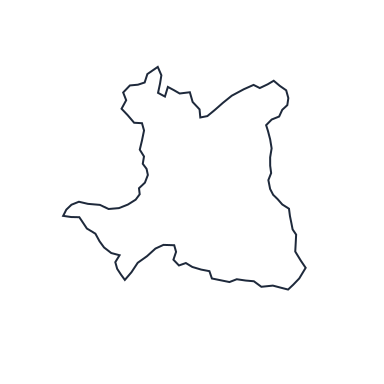 Presidente Castello Branco, Santa Catarina, Brazil (orthographic projection), rotated 66°
{"feature_id": "56859067B89740019221326", "entity_name": "Presidente Castello Branco", "entity_type": "district", "adm_level": 2, "iso_a3": "BRA", "parent_name": "Brazil", "parent_adm1": "Santa Catarina", "projection": "orthographic", "projection_center": [-51.785, -27.238], "detail": "fine", "context": "isolated", "style": "outline", "palette": "slate", "viewbox_px": 384, "rotation_deg": 66, "n_neighbors": 0, "source": "geoboundaries", "source_scale": "gbopen_adm2", "svg_char_len": 1551}
<svg xmlns="http://www.w3.org/2000/svg" viewBox="0 0 384 384"><g transform="rotate(66 192 192)"><path d="M154.6,307.3L157.0,314.0L161.4,319.4L165.7,312.6L169.2,305.2L176.1,304.0L182.6,302.9L190.8,297.2L199.5,296.5L206.9,294.9L214.9,290.6L220.3,283.9L224.9,290.6L231.7,291.6L238.5,290.5L245.0,289.1L240.7,280.0L234.6,270.4L232.3,259.1L228.8,248.4L228.7,239.6L233.4,229.9L240.2,230.9L246.3,236.5L253.8,233.8L254.4,226.5L260.6,222.2L266.6,215.2L271.4,208.3L279.1,209.0L284.3,201.7L289.5,194.4L289.9,186.6L294.7,179.0L298.7,171.8L306.8,167.2L310.4,156.2L315.6,149.7L320.2,143.9L317.9,137.3L314.6,129.2L307.5,119.0L299.1,120.5L288.4,121.9L279.8,117.5L273.3,114.2L267.1,115.3L261.0,113.9L253.8,112.3L246.7,110.2L240.1,114.6L233.3,116.7L227.6,119.0L221.0,119.4L212.2,117.4L206.9,112.0L199.8,109.9L192.1,106.5L184.5,101.5L175.7,99.2L167.3,97.8L161.1,97.1L158.2,89.7L158.5,81.7L153.6,76.1L151.4,69.6L145.4,65.8L137.4,64.6L130.8,68.6L123.6,72.1L124.4,79.1L124.6,87.8L119.2,92.2L119.2,102.9L120.2,116.5L123.1,127.4L126.3,137.7L128.9,147.1L127.3,154.1L119.6,151.5L110.0,154.8L100.0,153.4L97.0,163.2L91.5,167.2L86.2,171.3L93.8,177.9L87.6,182.7L80.1,177.2L72.9,172.5L63.8,172.4L66.1,184.8L72.7,190.7L72.0,197.7L69.4,205.4L73.1,214.4L81.4,214.8L87.3,222.5L95.7,219.5L105.2,216.7L108.8,209.7L116.3,210.8L124.8,216.9L132.1,222.5L140.0,221.4L146.2,225.5L152.4,224.1L158.5,225.4L164.3,231.2L167.0,238.9L172.8,240.7L176.1,246.6L177.4,255.7L177.0,265.3L173.6,275.1L166.3,281.4L160.5,291.9L154.9,299.3L154.6,307.3Z" fill="none" stroke="#1e293b" stroke-width="2"/></g></svg>